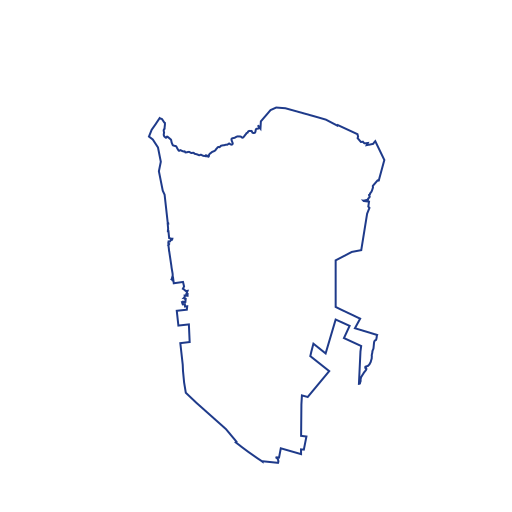 Lerdo, Durango, Mexico (Mercator projection), rotated 216°
{"feature_id": "50627088B11643703419483", "entity_name": "Lerdo", "entity_type": "district", "adm_level": 2, "iso_a3": "MEX", "parent_name": "Mexico", "parent_adm1": "Durango", "projection": "mercator", "projection_center": [-103.587, 25.471], "detail": "fine", "context": "isolated", "style": "outline", "palette": "blue", "viewbox_px": 512, "rotation_deg": 216, "n_neighbors": 0, "source": "geoboundaries", "source_scale": "gbopen_adm2", "svg_char_len": 5893}
<svg xmlns="http://www.w3.org/2000/svg" viewBox="0 0 512 512"><g transform="rotate(216 256 256)"><path d="M337.4,343.6L337.8,343.7L338.2,343.7L339.3,343.3L339.5,343.1L340.0,342.7L340.9,342.2L341.2,341.9L341.5,341.6L342.2,340.4L342.5,339.6L342.6,339.4L342.9,338.9L344.1,337.6L344.5,337.0L344.6,336.4L344.5,336.1L344.2,335.7L343.5,335.1L341.2,333.6L340.9,333.2L340.8,332.9L340.8,332.5L340.9,332.1L341.1,331.8L341.7,331.5L342.5,331.3L343.7,331.3L343.9,331.2L344.6,329.3L344.7,329.1L345.6,328.5L346.3,327.7L346.5,327.3L347.0,326.8L347.9,326.0L348.6,325.2L349.0,324.8L349.2,324.4L349.2,323.6L349.4,323.1L349.5,322.6L350.4,322.2L350.9,321.4L350.9,320.2L351.1,319.1L351.0,317.8L351.1,317.3L351.6,316.1L352.3,315.0L352.7,314.3L352.9,313.6L353.1,312.7L353.3,312.3L353.5,311.3L353.5,310.6L353.5,310.4L352.8,309.0L352.8,308.6L352.8,308.4L353.1,308.2L353.8,308.4L355.0,308.4L355.5,308.1L355.0,307.5L355.0,307.3L356.3,306.8L356.8,306.5L357.4,306.1L357.8,306.0L358.1,305.9L360.0,305.6L360.3,305.4L360.7,304.7L361.1,304.2L361.5,304.0L362.1,303.8L362.7,303.8L362.9,303.8L363.5,303.5L364.2,303.3L365.5,302.7L365.9,302.6L366.7,302.8L367.1,302.8L367.3,302.7L367.7,302.4L368.5,301.6L368.9,301.3L369.9,301.1L371.1,301.0L371.6,300.7L372.2,300.2L372.5,299.7L373.7,298.5L373.8,298.4L374.1,298.3L374.4,298.5L374.7,298.6L375.0,298.7L375.3,298.7L375.7,298.2L376.2,297.9L378.1,297.4L379.2,297.3L379.4,297.2L379.5,297.1L379.8,296.2L380.2,295.9L380.4,295.8L381.3,296.1L383.0,296.8L383.5,297.1L384.7,297.7L385.0,297.8L385.7,297.7L386.4,297.3L387.3,297.0L388.2,296.7L388.4,296.7L389.6,297.4L390.9,298.2L392.9,300.0L393.4,300.2L397.5,300.5L397.8,300.5L398.2,300.2L398.2,299.9L398.1,299.2L398.3,298.8L398.4,298.7L398.9,298.7L399.1,298.7L399.9,298.8L400.4,298.8L400.8,299.0L401.8,299.7L402.3,300.5L402.9,301.8L403.3,302.1L403.7,302.5L404.6,303.5L404.8,304.1L404.9,304.3L404.7,305.0L404.8,305.3L405.1,305.6L407.0,308.9L407.9,310.1L408.0,310.1L408.7,310.1L412.2,311.4L412.5,311.5L413.2,311.4L413.4,311.3L413.7,311.1L414.4,311.0L415.0,311.0L414.8,305.5L414.7,303.9L414.6,296.8L412.8,289.7L408.0,289.6L399.1,286.2L388.4,276.3L384.4,267.5L369.8,254.0L366.0,251.9L346.5,230.5L346.2,230.8L346.1,230.7L346.4,230.5L346.5,230.3L343.1,226.4L342.5,225.2L342.4,225.1L342.1,224.7L341.9,224.8L341.8,224.6L342.0,224.5L341.8,224.2L341.3,224.5L337.4,220.1L337.0,219.7L337.5,219.2L335.0,220.1L334.2,220.5L333.8,220.8L333.7,220.6L333.6,219.6L334.4,219.4L334.2,218.5L334.2,217.1L334.6,216.6L334.9,216.6L335.3,216.4L334.6,214.9L333.6,214.7L333.5,213.8L333.2,214.0L333.1,213.4L332.8,212.8L330.9,210.8L329.4,209.1L329.1,208.8L328.9,208.7L318.7,198.3L317.5,197.0L317.4,196.9L313.3,192.9L312.0,191.4L310.6,187.8L310.6,187.6L310.2,187.7L309.8,187.5L309.8,188.4L309.7,188.7L309.7,189.0L306.5,185.6L299.8,192.1L296.3,189.1L296.2,188.5L295.9,186.5L294.8,186.6L292.2,186.4L290.9,187.6L290.0,184.2L289.6,184.1L288.9,184.9L288.0,183.6L290.5,182.1L289.6,181.0L289.7,179.9L289.5,180.1L289.4,179.8L289.0,180.0L288.8,179.9L288.5,179.5L287.7,180.0L286.1,177.3L287.2,176.3L287.4,176.6L287.9,176.3L287.7,176.1L288.7,175.2L287.5,174.2L286.7,173.8L285.2,175.2L283.7,173.4L282.1,174.9L280.4,171.9L287.9,165.1L277.9,154.1L270.1,161.2L259.1,147.4L264.5,142.4L266.0,141.0L251.4,125.0L247.5,120.1L239.8,111.4L232.4,104.1L218.1,102.2L178.6,98.3L162.7,94.3L162.9,93.3L157.7,93.2L155.6,93.1L147.3,93.0L135.9,93.2L131.4,93.4L129.6,93.4L129.9,93.9L116.6,101.6L117.0,102.8L117.5,103.2L117.7,103.6L118.1,103.8L118.5,104.2L119.0,104.5L120.0,104.8L120.6,104.8L121.1,104.8L121.8,104.7L118.9,106.5L122.9,115.0L103.1,122.2L105.9,126.0L103.5,127.5L109.1,139.6L113.8,137.0L132.1,162.7L136.9,170.2L131.3,172.3L129.1,205.9L153.2,206.9L155.0,211.1L158.0,218.8L142.4,218.1L154.2,251.4L139.2,254.5L136.6,241.3L118.0,245.0L115.4,240.2L97.6,213.1L97.1,213.6L97.0,213.9L97.1,214.2L97.5,215.1L97.7,215.9L97.9,216.4L99.0,217.8L99.1,218.2L99.7,219.6L99.8,220.5L100.0,223.3L100.0,224.4L100.2,224.9L100.2,225.2L100.1,225.7L100.0,227.9L100.0,228.2L100.2,229.3L100.6,229.8L101.0,229.9L101.5,229.6L102.0,230.0L102.3,230.3L102.4,230.6L102.4,230.8L102.3,231.0L102.0,231.2L101.7,231.5L101.6,231.8L101.5,232.0L101.4,232.3L100.9,232.7L100.8,232.9L100.8,233.6L100.7,233.8L100.5,235.1L100.7,235.8L100.8,237.2L101.1,238.2L101.5,239.2L102.1,241.0L103.3,242.9L103.8,243.4L104.5,244.7L105.1,246.2L105.6,246.9L105.8,247.5L106.1,248.0L106.2,248.6L106.4,249.6L106.7,250.4L109.7,255.5L110.1,256.5L110.1,257.5L109.9,258.1L109.6,258.5L109.7,259.1L110.0,260.0L110.3,260.4L110.5,261.0L111.4,262.6L111.6,263.3L133.5,255.7L134.9,266.5L155.8,262.6L161.6,261.6L189.0,299.3L186.8,303.7L180.9,315.6L174.3,322.6L191.0,355.6L192.5,361.6L194.2,362.0L196.5,366.4L201.2,363.8L201.7,363.9L201.2,364.2L198.5,367.5L199.0,368.4L198.9,368.9L198.8,369.4L198.7,370.1L198.9,370.8L199.2,371.1L199.6,371.2L200.0,371.4L200.2,371.6L200.4,371.9L200.2,372.2L200.1,372.7L200.2,373.3L200.5,373.7L200.4,374.5L200.4,376.0L200.8,377.6L201.6,380.1L202.0,380.6L202.6,381.2L202.7,381.5L202.1,388.5L201.9,388.5L201.0,389.2L201.0,389.3L201.2,389.6L208.6,409.1L227.0,419.0L227.2,416.8L227.1,415.9L227.1,415.7L227.3,415.4L229.9,412.5L230.2,412.3L231.6,410.8L232.0,413.1L233.9,411.3L234.4,411.0L234.8,410.9L235.9,411.1L236.2,411.1L236.7,411.3L238.1,409.9L243.1,411.1L243.6,412.6L245.5,414.2L266.8,410.0L266.7,409.3L279.6,407.4L287.1,404.7L319.1,392.8L326.9,388.0L330.0,382.6L331.2,367.8L327.3,361.7L331.3,362.9L329.3,361.9L328.9,361.5L328.8,361.1L328.8,360.8L329.3,360.2L330.1,359.4L330.4,359.2L330.5,358.8L330.5,358.6L330.5,358.4L330.4,358.0L329.7,356.6L329.4,355.7L329.3,355.4L329.4,355.1L329.6,354.7L330.3,354.0L330.8,353.8L331.4,353.7L331.7,353.8L332.7,354.5L333.1,354.5L333.4,354.4L334.3,353.6L334.9,353.3L335.2,352.9L335.4,352.5L335.5,352.0L335.3,350.9L335.4,350.7L335.8,350.0L335.9,349.7L335.8,349.0L335.8,348.5L335.9,347.7L335.9,346.4L336.0,344.8L336.1,344.3L336.4,343.8L336.8,343.6L337.4,343.6Z" fill="none" stroke="#1e3a8a" stroke-width="2"/></g></svg>